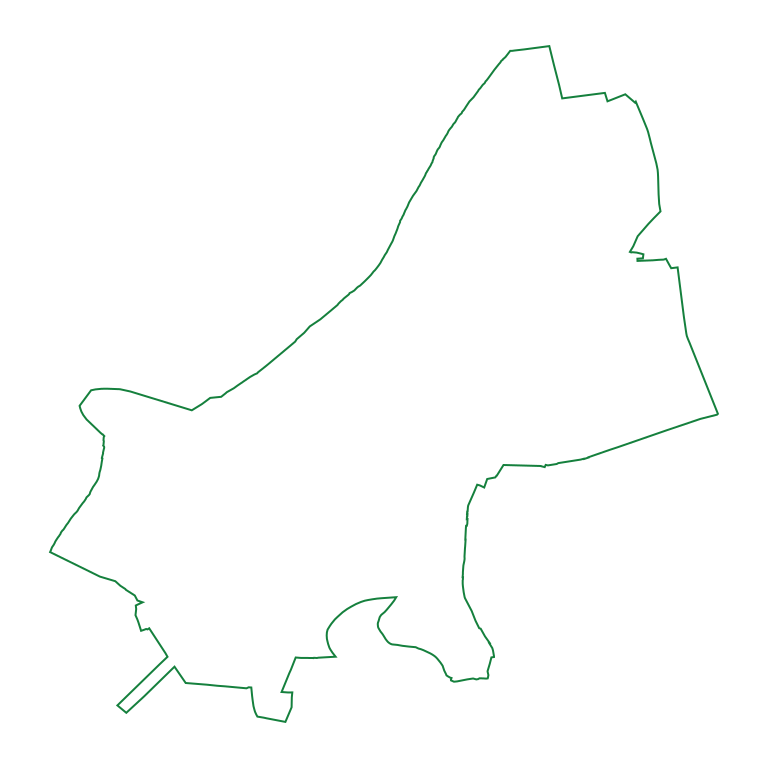 the district of Ventspils, Ventspils, Latvia
{"feature_id": "27541924B34686521440656", "entity_name": "Ventspils", "entity_type": "district", "adm_level": 2, "iso_a3": "LVA", "parent_name": "Latvia", "parent_adm1": "Ventspils", "projection": "robinson", "projection_center": [21.593, 57.409], "detail": "fine", "context": "isolated", "style": "outline", "palette": "green", "viewbox_px": 768, "rotation_deg": 0, "n_neighbors": 0, "source": "geoboundaries", "source_scale": "gbopen_adm2", "svg_char_len": 6044}
<svg xmlns="http://www.w3.org/2000/svg" viewBox="0 0 768 768"><path d="M335.6,656.7L332.4,652.6L330.5,649.7L329.4,647.7L328.1,643.9L327.3,640.6L326.9,638.7L326.7,635.4L326.9,632.4L327.6,629.6L329.7,626.2L331.4,623.7L334.9,619.4L337.4,617.0L342.6,612.3L347.2,609.0L351.1,606.7L355.9,604.1L361.1,601.9L364.8,600.7L368.2,600.0L372.3,599.3L377.1,598.6L381.7,598.2L396.2,597.2L394.2,600.5L391.2,604.4L386.7,609.8L384.6,612.1L381.7,614.5L380.9,615.3L379.7,617.2L378.6,621.0L378.0,622.6L377.8,623.7L377.8,624.5L378.0,626.6L378.3,627.7L379.2,629.3L380.5,631.5L382.4,633.9L383.2,635.1L385.7,639.2L387.1,641.0L388.1,642.1L389.1,642.9L390.5,643.8L392.1,644.4L397.3,644.9L402.3,645.8L409.1,646.6L415.7,647.2L418.4,648.5L420.9,649.2L423.5,650.2L430.3,653.4L432.4,654.6L434.6,656.1L436.1,657.4L437.4,658.8L440.4,662.5L442.6,665.7L444.3,670.7L445.9,673.9L446.5,675.4L448.0,676.4L450.1,677.6L451.5,678.0L450.9,679.7L451.0,680.4L454.0,681.7L457.1,681.4L467.2,679.4L473.1,678.5L476.3,679.4L478.1,679.1L479.5,678.3L483.1,678.4L486.1,678.6L487.7,678.4L487.9,677.8L488.4,675.1L487.7,672.1L487.6,671.5L487.6,671.1L488.6,667.7L489.8,663.7L491.4,657.4L494.0,657.0L494.0,656.3L493.0,650.5L492.3,648.1L489.2,643.1L489.7,643.0L485.0,636.4L480.7,628.7L479.2,628.2L475.5,620.7L471.7,611.0L465.0,598.2L464.6,597.0L463.7,592.3L462.9,586.2L462.7,583.8L462.7,580.3L462.9,579.6L463.0,577.2L462.6,577.2L462.9,574.1L462.9,572.1L463.4,565.4L464.3,561.1L464.6,558.9L464.5,556.5L465.0,547.8L465.1,547.1L465.6,539.6L465.3,539.6L465.9,527.9L466.1,525.8L466.8,525.8L467.3,523.8L467.5,519.1L466.8,519.2L467.0,516.3L467.3,516.3L467.5,514.1L467.0,514.1L467.2,511.6L467.6,511.6L467.9,507.3L468.2,505.5L473.8,492.8L477.2,484.7L479.8,485.4L484.2,487.5L487.2,479.0L495.3,477.4L496.5,475.7L496.8,475.7L503.5,465.0L540.9,466.0L541.1,466.2L544.7,467.1L545.7,464.9L547.9,465.4L556.7,464.0L558.3,463.1L580.6,459.6L584.0,458.7L584.1,459.0L588.6,457.5L588.5,457.2L609.6,449.9L617.8,447.2L667.2,430.1L700.4,418.9L717.0,414.7L717.9,413.8L689.6,342.9L687.9,338.9L686.8,335.9L686.3,333.4L683.9,316.9L677.6,267.4L671.2,268.2L669.5,265.2L666.0,258.8L663.7,259.6L659.2,259.8L652.8,260.3L637.5,260.9L637.4,258.7L642.9,258.3L643.4,254.3L640.9,253.6L636.7,252.6L632.4,252.2L631.6,252.4L631.1,252.4L629.9,251.9L633.3,246.2L637.7,236.2L648.5,223.8L653.7,218.3L660.5,211.4L659.2,204.0L658.6,194.4L658.1,176.8L657.9,172.9L657.6,169.7L656.9,166.2L656.3,163.3L650.8,142.7L649.9,138.9L648.1,132.0L647.1,129.0L643.0,118.9L635.8,101.7L635.1,102.7L625.3,94.3L610.9,100.0L607.5,101.3L604.9,92.9L562.2,98.4L559.1,85.0L553.9,64.8L549.3,46.1L524.3,49.4L514.7,50.5L511.8,50.9L510.2,50.9L505.5,57.0L503.6,58.7L503.0,59.2L502.7,59.8L501.7,60.5L500.8,61.5L500.5,62.3L498.9,64.1L494.5,69.6L487.9,78.7L486.4,80.6L485.6,81.3L484.8,82.9L484.4,83.4L483.1,84.5L482.4,85.3L480.2,88.3L478.8,89.7L478.1,91.0L473.5,97.3L469.4,101.5L466.3,106.2L464.0,109.8L462.2,111.8L461.7,113.1L461.4,113.5L460.0,114.6L458.1,116.8L457.7,117.5L457.4,118.3L456.8,119.2L455.5,121.7L454.7,122.8L453.8,123.6L453.1,124.6L451.9,126.7L451.3,127.4L450.4,128.4L449.0,130.2L448.3,131.4L447.7,132.9L447.1,134.0L446.4,135.1L445.9,135.7L443.3,140.2L441.7,142.4L440.3,145.4L440.0,146.3L439.7,146.9L439.4,147.5L437.6,149.6L437.4,150.2L436.8,151.3L436.4,152.4L435.9,153.6L435.4,154.6L434.3,156.0L434.1,156.6L433.8,157.0L433.7,157.4L433.7,158.2L432.6,161.1L432.4,162.2L431.5,163.5L431.0,164.8L430.3,166.1L428.7,168.6L427.7,170.5L427.0,171.4L426.7,172.2L426.0,173.1L425.8,173.6L425.3,175.0L424.7,176.3L422.2,180.7L420.9,182.8L420.0,184.8L419.4,185.9L418.7,186.8L416.5,191.0L413.0,195.8L409.1,202.4L407.5,206.4L406.1,209.1L405.5,210.0L404.8,211.6L404.6,212.2L404.0,213.5L403.7,214.5L402.4,216.7L402.0,217.8L401.3,219.1L400.1,220.8L400.1,222.0L399.8,222.7L398.7,225.1L398.1,226.5L397.5,228.6L395.6,233.5L394.4,236.1L393.0,240.1L392.4,241.5L391.1,243.8L387.8,250.0L386.8,252.2L384.8,255.1L383.7,257.2L382.2,259.6L380.4,263.0L378.8,265.3L376.6,268.2L374.9,270.3L373.6,271.5L373.0,272.3L371.0,274.9L369.3,276.7L364.7,281.3L360.1,285.6L358.2,286.7L357.0,287.7L354.3,290.5L351.9,292.0L349.6,293.1L349.1,294.1L348.3,294.9L344.8,297.7L343.5,298.8L342.7,299.8L340.9,301.2L338.5,303.6L337.5,305.0L320.4,319.3L309.8,326.4L304.2,332.8L296.7,339.2L295.2,341.6L266.5,365.6L257.9,372.4L257.2,373.3L254.4,374.5L250.0,377.0L237.3,385.7L233.9,388.2L226.8,392.2L225.6,393.3L221.2,396.8L210.2,397.9L201.9,404.1L191.8,410.3L130.4,391.5L119.9,389.2L106.6,388.7L101.5,388.8L95.5,389.4L91.1,390.3L79.6,405.8L79.6,406.0L79.8,406.5L80.2,408.2L81.4,411.6L83.3,415.1L86.6,419.5L100.6,432.9L102.4,434.4L102.7,434.4L104.3,436.1L103.9,436.7L103.7,437.6L103.5,440.3L103.8,440.9L103.8,441.5L103.5,444.8L103.2,445.6L103.6,445.9L104.0,446.5L104.2,447.1L104.1,448.2L103.8,449.2L103.0,452.8L103.1,453.4L101.8,458.1L101.9,458.3L102.4,458.5L101.8,461.7L101.2,465.8L100.3,470.0L99.6,472.2L99.3,473.8L99.1,475.7L98.8,476.8L98.1,478.9L96.7,481.6L94.5,484.9L93.0,487.0L90.4,491.8L89.6,494.3L88.8,495.2L86.5,497.4L85.7,499.1L84.1,501.5L82.7,503.1L79.1,508.0L77.6,510.7L76.4,512.2L75.1,513.4L74.1,514.4L70.8,518.6L68.0,523.0L66.4,525.0L64.0,528.8L63.2,529.9L62.5,530.4L62.3,530.7L61.1,532.3L60.8,532.8L60.6,533.7L59.3,535.6L58.9,536.3L58.4,536.8L57.3,538.4L56.0,540.4L55.4,541.4L55.0,542.2L54.6,543.2L53.6,545.0L52.2,547.0L51.8,547.8L50.8,550.5L50.1,552.1L99.9,576.6L115.3,581.2L120.4,585.8L125.3,589.0L126.0,589.9L134.8,595.5L137.4,600.5L142.6,602.3L137.2,604.8L135.8,605.5L136.2,609.0L135.5,615.2L137.3,619.3L138.4,622.3L141.1,630.8L144.1,629.8L146.1,629.0L147.6,629.4L149.2,628.3L165.4,653.1L167.5,656.8L159.6,664.3L117.4,705.4L126.3,712.8L144.2,696.3L174.5,666.7L185.7,683.0L207.0,684.7L217.7,685.8L224.6,686.3L246.5,688.3L248.7,687.3L251.3,687.5L252.1,695.9L252.7,700.7L253.5,706.2L254.2,708.9L254.7,710.7L255.0,711.7L256.2,714.4L257.4,716.6L263.9,717.7L266.6,718.3L285.4,721.9L291.6,707.3L291.8,697.4L292.3,692.4L288.4,692.5L281.6,692.0L289.3,673.2L290.9,669.7L295.7,657.5L300.5,657.9L312.4,658.0L313.6,658.1L313.9,657.8L316.9,658.0L318.4,657.7L335.6,656.7Z" fill="none" stroke="#15803d" stroke-width="2"/></svg>